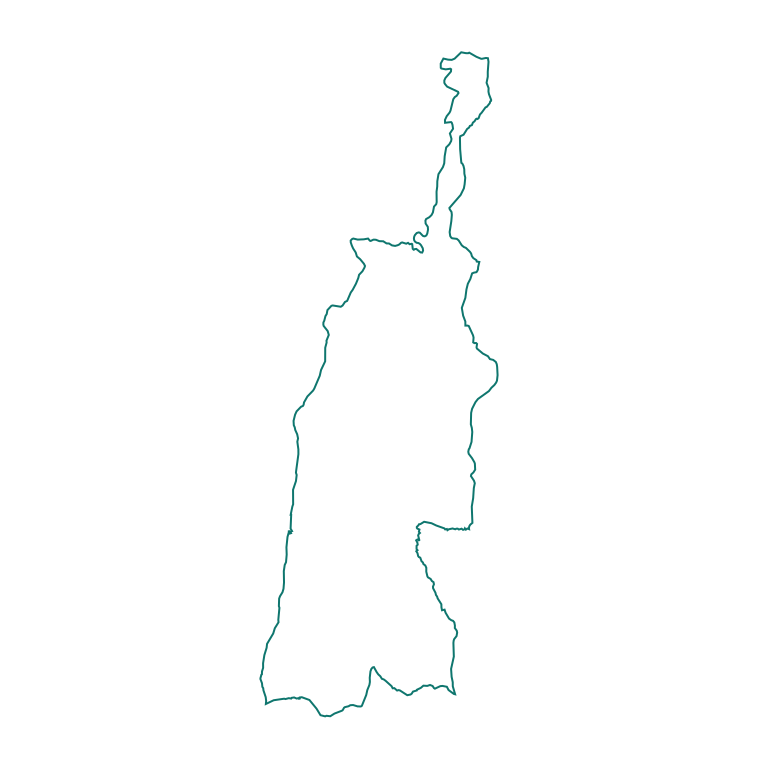 outline of Bituima, Cundinamarca, Colombia, rotated 2°
{"feature_id": "7082276B83623013495756", "entity_name": "Bituima", "entity_type": "district", "adm_level": 2, "iso_a3": "COL", "parent_name": "Colombia", "parent_adm1": "Cundinamarca", "projection": "robinson", "projection_center": [-74.523, 4.866], "detail": "fine", "context": "isolated", "style": "outline", "palette": "teal", "viewbox_px": 768, "rotation_deg": 2, "n_neighbors": 0, "source": "geoboundaries", "source_scale": "gbopen_adm2", "svg_char_len": 6123}
<svg xmlns="http://www.w3.org/2000/svg" viewBox="0 0 768 768"><g transform="rotate(2 384 384)"><path d="M402.1,685.7L403.3,687.8L405.0,687.6L407.8,689.9L409.3,689.4L410.6,689.7L418.1,694.2L421.4,693.4L422.5,692.5L423.7,690.4L427.5,689.1L427.6,688.4L431.4,686.4L433.9,684.1L437.8,684.2L440.5,683.2L443.1,684.1L444.6,686.2L445.5,686.7L450.8,684.0L453.0,683.7L457.4,684.4L459.2,687.6L464.6,691.3L465.9,691.6L463.3,683.7L463.1,679.6L461.8,674.3L461.0,666.4L463.3,654.0L462.4,640.3L462.6,637.9L463.1,636.4L465.3,633.4L465.8,629.9L465.3,628.0L463.3,625.4L463.3,623.0L462.6,619.8L461.3,618.3L459.5,617.7L457.2,616.2L453.5,610.4L452.4,607.4L449.9,608.1L449.2,605.2L449.0,602.1L445.1,596.4L444.5,594.6L443.3,593.0L442.7,590.8L440.2,586.4L440.0,584.8L440.9,582.4L440.4,580.3L438.7,579.2L437.4,577.2L434.7,575.7L434.1,574.8L432.8,570.1L432.7,566.2L431.6,563.9L429.7,562.6L429.1,561.0L427.7,559.8L426.3,556.3L424.9,555.7L424.1,554.7L423.4,551.9L422.1,550.0L423.3,548.9L422.3,547.8L422.2,544.6L423.3,543.4L422.9,541.4L421.6,539.1L422.8,538.2L423.6,538.3L424.3,539.0L424.7,538.7L423.4,534.1L424.0,532.6L425.1,531.6L424.0,530.5L424.5,528.2L422.3,527.3L421.8,526.6L421.8,525.6L423.3,524.1L423.8,523.0L425.3,522.7L428.9,520.3L436.4,521.5L441.2,523.6L449.4,526.2L450.2,527.2L451.9,526.7L452.5,527.9L453.9,526.9L457.6,526.0L460.3,526.7L461.3,526.1L462.7,526.0L463.9,526.8L466.6,525.9L468.1,527.0L469.6,526.4L469.9,525.5L470.9,526.7L472.4,525.5L474.1,526.1L473.9,525.0L474.2,523.2L475.1,521.6L477.2,519.7L476.0,503.4L477.1,494.9L477.4,484.9L478.2,480.0L477.3,477.5L474.1,473.0L474.4,471.3L476.5,469.2L478.1,466.4L477.6,460.5L477.1,459.1L474.6,455.1L471.1,450.8L470.6,448.8L471.0,446.3L471.7,445.2L473.5,438.8L473.9,428.9L473.3,424.8L472.2,421.3L472.1,409.8L472.9,405.7L476.0,399.0L478.4,395.7L489.1,387.4L491.5,384.0L494.3,381.2L496.0,378.7L496.8,376.7L497.2,371.2L496.5,363.0L496.0,360.3L495.0,358.1L492.3,356.1L489.0,355.4L486.9,352.6L481.7,350.1L475.6,345.3L475.2,344.1L475.6,340.7L474.6,339.8L472.9,340.0L471.7,339.3L471.9,334.5L471.3,332.3L466.7,323.1L465.5,322.7L463.3,322.8L463.1,318.7L460.7,312.9L459.1,305.2L462.3,295.1L463.1,286.6L464.3,280.9L466.6,276.1L468.2,270.4L469.9,269.6L472.5,269.0L473.2,267.9L473.9,266.3L474.0,263.8L475.0,258.7L472.4,258.4L472.0,257.0L468.9,255.1L467.4,253.2L466.5,250.5L465.3,248.9L461.1,245.1L459.0,244.3L456.9,242.7L453.6,237.9L451.7,236.4L447.0,236.0L446.0,235.3L445.0,233.8L444.3,229.9L445.6,218.9L445.9,212.6L445.5,209.8L443.6,207.1L443.2,205.8L454.0,192.4L457.0,185.7L457.6,181.6L458.0,175.0L457.0,171.1L456.7,166.5L455.8,163.2L454.6,161.0L453.6,160.3L453.3,158.2L451.9,146.7L451.3,135.2L451.6,133.7L454.8,132.1L458.2,126.2L460.0,124.8L460.8,123.1L462.8,122.2L463.7,119.7L465.3,118.3L466.6,116.1L467.5,115.6L468.2,115.9L469.3,115.0L470.5,111.3L472.1,109.5L475.8,104.0L477.0,103.5L479.9,99.7L480.3,97.9L481.1,97.3L481.2,96.4L478.8,90.7L478.2,88.2L478.2,84.6L476.0,79.4L477.0,73.3L476.8,68.4L477.2,58.4L476.5,54.8L474.5,54.6L470.4,55.6L469.5,55.5L465.0,53.8L457.6,49.9L456.5,50.5L454.2,50.5L449.6,49.8L443.2,56.4L440.4,57.7L436.7,57.6L432.0,56.7L429.5,61.8L429.7,66.0L430.3,66.7L434.7,67.4L439.3,66.6L440.1,67.1L440.0,69.4L434.7,76.0L433.7,78.5L433.8,80.9L434.5,82.1L436.7,84.6L447.8,89.4L448.3,90.6L446.6,93.4L444.7,94.8L443.3,97.0L440.9,108.5L440.1,110.4L437.3,114.2L435.7,118.0L435.9,120.8L441.9,119.9L442.6,120.5L443.4,122.6L444.1,126.5L441.1,131.3L442.9,136.7L442.6,138.9L440.9,142.2L437.9,145.4L436.7,154.2L436.5,161.3L436.0,163.0L435.3,165.2L431.1,172.4L430.2,179.5L430.3,184.8L429.8,190.0L430.3,200.4L429.9,202.5L427.8,204.9L426.9,210.8L425.6,213.5L423.5,215.7L420.3,217.7L419.7,219.3L420.0,222.2L422.3,225.4L422.6,228.2L422.0,232.1L421.1,234.1L419.6,235.0L418.6,234.9L417.7,234.6L414.5,231.5L413.3,231.3L411.4,232.0L409.7,234.1L409.1,235.5L408.8,237.3L409.1,239.1L409.9,240.5L411.6,241.7L413.4,241.9L414.8,242.6L416.1,243.9L418.0,247.0L418.4,249.3L417.6,251.3L415.9,251.2L411.6,247.9L410.1,248.1L409.1,248.8L408.6,248.5L408.0,247.8L407.3,243.2L406.8,242.9L404.7,243.4L403.1,242.1L401.3,243.0L397.2,241.9L396.1,242.3L394.4,244.0L392.9,244.8L390.3,245.6L387.2,245.2L384.1,243.4L381.6,243.4L378.3,241.4L374.4,241.4L370.8,240.1L368.4,240.1L365.7,241.5L364.9,241.3L363.0,239.2L358.9,240.1L352.7,240.6L348.2,239.7L347.0,240.3L345.7,241.8L345.8,243.5L347.0,246.7L348.4,249.6L351.1,253.5L352.5,257.5L355.8,260.1L359.7,264.5L360.9,266.7L360.4,268.4L358.5,272.1L355.3,275.7L354.6,279.0L352.5,284.7L349.4,291.0L347.6,293.7L344.3,302.2L342.1,303.4L339.9,307.0L338.1,308.3L330.0,307.3L328.7,307.7L324.9,312.1L324.3,316.1L323.1,318.2L322.1,322.8L321.3,324.6L321.3,326.7L321.7,328.1L325.9,333.1L327.1,336.9L325.0,342.7L325.2,344.6L324.0,349.8L324.4,363.4L320.6,372.2L319.5,378.0L314.5,391.0L313.4,393.0L307.9,399.1L304.7,405.2L304.4,407.5L303.7,408.8L301.9,409.6L297.6,414.4L296.2,417.8L294.9,424.0L295.3,428.4L296.3,430.4L296.9,433.0L299.0,437.3L300.0,441.4L299.4,444.7L300.7,452.3L300.9,457.1L299.2,474.2L299.1,475.7L299.9,478.0L299.4,484.1L296.8,492.9L297.4,507.4L296.7,509.6L295.3,518.0L295.8,518.0L295.7,531.8L297.2,534.2L295.5,534.8L296.3,536.3L295.2,536.7L294.0,533.7L294.0,535.6L292.9,540.2L292.2,550.6L292.7,557.9L292.3,565.5L291.1,568.3L290.4,574.5L291.0,585.9L290.7,592.2L289.8,595.7L287.5,599.7L286.7,602.1L286.7,609.7L287.3,611.3L286.6,623.4L286.9,625.8L283.4,631.9L282.0,637.2L276.2,647.8L275.9,651.7L273.9,659.1L272.9,667.3L273.1,671.9L272.1,675.6L272.1,678.4L271.6,678.8L270.8,682.3L270.8,683.2L272.5,687.3L273.0,690.9L273.9,692.2L274.2,694.3L276.7,701.1L277.3,704.9L277.1,707.9L284.8,703.9L295.2,702.0L296.5,702.3L299.8,701.3L302.2,701.6L302.6,700.9L305.1,700.4L307.7,701.4L310.0,700.8L310.2,701.5L310.8,701.3L310.8,700.2L312.8,699.9L320.5,702.4L327.9,710.8L332.1,717.2L336.8,718.2L338.0,717.6L341.9,717.9L346.0,715.1L353.3,712.0L354.1,711.4L355.4,708.9L356.2,708.3L359.8,707.3L361.5,706.2L364.3,705.9L368.8,707.1L372.1,707.1L373.1,706.4L377.1,695.4L378.0,690.5L379.9,685.3L380.3,682.3L380.0,678.1L380.5,671.7L381.3,669.2L382.5,667.7L383.8,667.3L386.6,672.0L388.4,674.4L390.5,676.2L392.2,678.7L394.0,679.2L396.0,680.6L402.1,685.7Z" fill="none" stroke="#0f766e" stroke-width="2"/></g></svg>